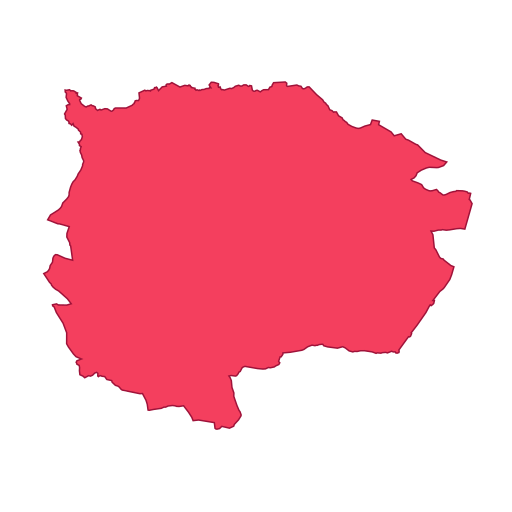 Adaklu, Volta, Ghana, rotated 95°
{"feature_id": "2480657B20696154785284", "entity_name": "Adaklu", "entity_type": "district", "adm_level": 2, "iso_a3": "GHA", "parent_name": "Ghana", "parent_adm1": "Volta", "projection": "robinson", "projection_center": [0.49, 6.441], "detail": "fine", "context": "isolated", "style": "filled", "palette": "rose", "viewbox_px": 512, "rotation_deg": 95, "n_neighbors": 0, "source": "geoboundaries", "source_scale": "gbopen_adm2", "svg_char_len": 5987}
<svg xmlns="http://www.w3.org/2000/svg" viewBox="0 0 512 512"><g transform="rotate(95 256 256)"><path d="M284.8,74.4L284.9,75.9L275.3,69.8L272.6,66.9L271.0,65.7L262.5,60.9L257.7,59.5L249.5,57.9L248.5,61.1L243.7,68.4L242.7,69.2L242.3,71.7L241.1,73.1L234.1,77.4L232.4,79.1L219.5,81.6L215.9,83.8L215.8,80.9L214.3,76.7L214.0,73.8L213.5,72.6L213.7,68.7L213.1,65.5L211.3,58.5L210.7,54.8L211.0,50.3L185.0,45.3L181.4,47.8L181.1,48.5L174.9,47.6L174.7,48.5L175.0,50.0L173.8,51.1L173.3,53.6L173.1,55.8L173.4,61.8L174.2,62.7L174.6,64.7L175.8,68.1L178.2,72.1L178.9,74.0L178.9,75.1L176.9,78.3L176.5,79.5L175.4,80.3L174.0,82.0L175.6,86.1L176.0,88.2L175.8,89.7L174.7,93.0L173.5,95.0L170.6,97.1L170.3,97.6L169.1,100.9L167.5,106.9L166.2,108.2L164.4,105.3L162.1,103.6L159.1,102.7L156.1,98.9L153.4,93.8L152.5,91.1L152.2,83.5L151.9,81.9L149.6,77.0L145.7,74.2L144.3,80.4L138.2,96.5L131.2,104.7L130.9,106.3L127.3,114.2L126.6,117.0L121.6,122.0L124.2,128.8L120.6,132.3L114.5,145.3L111.1,144.8L110.4,152.1L115.1,153.4L117.1,158.9L119.5,163.3L120.0,165.3L119.8,167.3L118.6,171.8L116.8,175.8L114.9,177.4L114.4,178.7L113.3,180.0L112.7,181.2L110.9,182.2L109.1,186.0L105.5,188.4L105.6,190.3L106.0,191.2L104.6,192.9L103.9,195.3L100.1,197.4L98.9,199.1L97.8,199.8L96.6,201.8L94.6,203.2L90.0,209.7L82.9,217.8L83.1,219.7L84.8,221.7L85.3,223.2L85.1,224.3L83.0,226.0L82.8,228.3L82.1,230.2L84.3,239.3L84.1,240.0L83.5,240.4L81.2,240.4L80.1,242.0L81.8,253.6L84.4,254.8L85.8,255.0L86.6,256.9L89.2,258.1L89.7,262.9L90.9,264.7L92.1,266.0L90.8,269.1L91.0,270.2L92.0,271.6L92.0,272.9L91.1,274.1L86.9,275.3L86.7,277.1L87.4,277.5L87.7,278.4L86.4,280.6L86.6,283.1L87.9,284.9L88.1,286.2L87.4,288.1L88.7,291.4L90.1,292.8L91.3,294.8L91.2,296.7L93.5,302.1L93.1,303.7L93.4,304.5L92.9,305.4L90.7,306.5L91.2,307.1L91.2,308.0L90.6,308.0L89.8,308.7L89.0,308.2L87.7,308.4L86.7,313.0L86.8,315.7L89.7,317.6L92.3,315.7L92.2,317.0L93.2,317.4L93.5,320.1L94.6,322.2L94.9,324.3L96.0,326.3L95.6,326.8L96.1,327.6L95.6,328.7L96.1,330.2L95.4,330.5L95.2,331.4L94.2,331.4L93.8,335.0L93.3,335.0L92.9,335.9L91.9,336.4L92.1,337.7L91.6,337.8L92.4,338.8L92.2,341.8L94.3,346.5L90.6,354.9L92.4,357.5L92.2,358.6L92.7,360.0L93.5,360.5L94.6,360.1L95.7,364.2L99.8,367.5L97.0,369.2L96.4,370.0L97.0,370.6L97.1,371.7L98.7,372.2L99.9,375.0L100.7,375.4L100.3,375.9L100.7,376.6L100.5,378.3L101.1,380.2L100.5,381.2L103.7,386.8L108.9,385.8L110.4,386.1L111.4,386.7L111.5,388.7L112.0,389.9L113.5,390.2L113.9,390.6L114.7,390.6L115.8,391.9L116.6,392.4L119.9,398.2L120.8,408.8L121.5,410.1L123.0,410.7L124.4,412.3L124.3,413.2L122.4,416.8L122.4,419.4L124.0,422.9L123.9,423.8L123.5,424.1L123.6,424.6L124.8,426.5L123.2,428.7L121.5,429.1L120.6,431.1L120.6,432.3L119.9,433.1L120.0,433.9L121.1,435.6L121.2,436.5L122.3,438.2L121.9,439.7L119.5,443.4L116.3,445.3L115.4,445.3L115.1,444.2L113.9,443.7L111.9,448.0L109.1,448.0L109.5,449.3L108.7,449.4L107.4,452.0L107.4,454.0L107.7,454.9L106.6,456.2L107.5,459.4L107.3,460.6L109.3,460.3L109.7,459.6L110.9,458.9L114.5,459.0L118.0,457.0L120.5,454.9L121.4,454.8L121.6,456.3L122.9,458.1L126.3,456.9L131.2,459.1L132.3,458.3L135.7,457.8L137.0,456.5L137.9,454.6L139.2,453.8L139.9,454.0L140.4,453.6L140.4,452.5L141.8,451.0L140.1,449.8L142.5,448.6L143.3,446.8L145.0,444.2L146.1,443.8L147.8,441.6L149.6,441.3L149.9,440.1L152.3,439.4L155.5,440.1L156.2,441.1L157.6,441.5L158.0,443.2L160.1,441.6L161.4,441.5L162.3,439.7L164.4,440.3L165.5,440.2L166.1,440.6L168.1,440.0L170.6,438.5L173.1,437.8L176.1,436.0L177.3,435.9L179.8,436.7L181.2,436.6L185.6,438.0L189.7,440.3L192.1,441.0L195.9,442.9L197.9,444.6L200.3,445.7L203.5,446.7L208.9,447.7L211.4,447.5L213.2,447.9L215.7,449.5L220.0,453.1L223.6,454.0L225.4,455.1L227.3,456.8L233.0,464.3L238.1,466.7L241.2,456.2L241.1,454.7L243.0,444.6L250.0,446.3L253.6,446.1L258.9,442.8L261.4,442.3L262.2,441.5L276.2,438.3L274.9,446.0L272.1,454.0L272.1,455.8L273.2,457.0L274.6,457.7L275.9,458.1L279.9,458.2L283.5,460.2L286.4,460.5L288.2,461.3L289.9,462.5L292.0,465.9L300.2,459.4L301.8,457.5L302.8,457.2L304.7,455.4L306.6,452.7L308.0,449.6L315.0,440.2L319.7,435.9L321.4,440.2L322.0,448.7L321.1,450.5L322.3,454.5L323.4,454.2L324.4,452.6L329.8,449.9L339.8,442.3L349.0,437.9L359.9,437.0L363.0,434.9L369.5,429.3L372.0,426.5L373.8,420.9L376.0,425.3L377.6,425.9L378.8,425.1L379.4,425.0L380.4,422.6L382.6,422.0L385.7,421.9L389.6,421.1L390.7,418.0L392.2,416.0L389.8,412.3L390.1,410.4L389.0,408.4L386.7,406.5L385.8,404.6L386.7,403.3L389.3,403.2L389.9,402.5L389.3,401.9L388.7,400.2L389.2,399.1L389.3,396.2L392.0,393.9L392.7,388.9L394.3,388.3L397.1,384.8L397.6,382.3L398.4,380.9L400.6,378.7L401.2,377.6L403.3,359.6L402.9,357.1L409.3,353.0L413.2,351.4L418.9,350.1L419.0,348.9L417.7,344.4L416.0,337.1L414.6,334.6L414.4,332.8L413.1,330.5L412.2,326.2L412.3,323.5L412.7,321.9L412.6,319.4L411.5,315.1L417.5,309.6L422.3,305.9L425.5,304.3L424.4,299.0L425.6,283.0L431.2,281.8L431.8,280.9L431.9,279.8L431.1,277.3L428.7,275.2L429.8,267.4L427.5,263.4L425.6,262.9L420.7,259.1L416.5,257.0L415.5,257.0L412.6,258.3L411.2,259.5L406.5,262.0L400.0,264.9L397.7,265.9L394.4,266.1L389.0,268.5L382.3,269.7L379.6,271.1L377.9,272.5L377.2,270.4L377.4,266.0L376.9,264.9L374.8,263.5L373.2,262.9L372.4,261.7L368.6,260.1L367.7,259.1L366.9,257.4L368.0,244.6L368.0,239.3L367.6,236.7L366.0,234.0L366.1,232.0L364.9,228.1L363.7,226.7L362.1,223.8L360.3,223.0L359.0,224.3L354.4,223.2L354.3,222.2L351.7,220.7L350.2,220.7L348.9,213.4L345.9,202.1L344.9,200.1L341.9,196.6L339.9,192.4L340.2,189.4L339.7,188.3L339.6,187.0L338.8,185.6L338.2,182.8L338.1,181.8L339.5,180.7L340.3,176.7L340.7,166.8L338.8,161.7L339.8,159.0L342.4,155.0L343.1,151.2L342.4,149.5L342.3,146.9L341.3,143.8L340.9,139.7L341.4,131.9L342.5,127.9L341.9,126.8L341.9,123.1L341.3,121.8L340.7,118.4L341.1,116.6L339.1,112.7L339.6,110.8L339.4,109.0L340.5,108.1L340.4,106.7L339.7,105.2L338.2,105.1L337.2,105.5L325.5,98.5L323.1,97.0L323.2,95.9L322.3,95.0L319.7,94.2L319.0,94.7L310.7,89.4L297.5,81.8L291.1,79.1L289.5,78.2L290.2,77.2L288.9,75.7L287.7,74.8L284.8,74.4Z" fill="#f43f5e" stroke="#9f1239" stroke-width="1.5"/></g></svg>